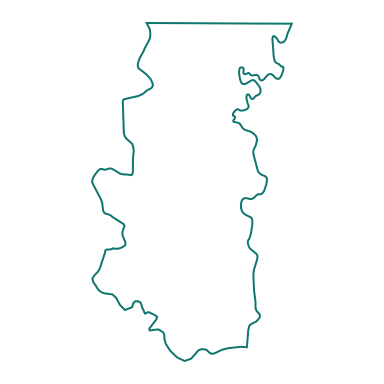 SVG path tracing the border of Bafatá
{"feature_id": "GNB-776", "entity_name": "Bafatá", "entity_type": "Region", "adm_level": 1, "iso_a3": "GNB", "parent_name": "Guinea-Bissau", "parent_adm1": "", "projection": "robinson", "projection_center": [-14.664, 12.138], "detail": "fine", "context": "isolated", "style": "outline", "palette": "teal", "viewbox_px": 384, "rotation_deg": 0, "n_neighbors": 0, "source": "natural_earth", "source_scale": "10m", "svg_char_len": 4339}
<svg xmlns="http://www.w3.org/2000/svg" viewBox="0 0 384 384"><path d="M146.7,23.0L168.8,23.1L266.0,23.6L291.8,23.7L287.4,34.0L286.2,38.4L285.0,40.5L283.7,42.0L282.2,42.5L280.7,42.7L279.5,42.3L278.5,41.3L277.0,38.7L275.0,36.7L273.9,36.0L272.9,36.6L272.4,38.8L273.7,56.6L274.6,60.7L275.3,62.0L276.4,63.0L279.1,64.2L280.9,66.2L282.0,66.7L283.0,66.8L283.5,68.1L283.2,70.4L281.8,74.6L280.7,76.7L279.7,78.2L279.1,78.6L278.7,78.8L277.9,78.9L276.6,78.6L276.1,78.3L275.2,77.6L273.4,75.6L272.3,74.7L271.0,74.1L269.4,74.1L268.1,74.7L267.1,75.6L263.9,79.3L263.1,79.9L261.9,80.4L260.8,80.3L260.0,79.6L259.5,79.0L258.5,76.2L257.6,75.3L256.3,74.9L253.2,75.4L251.7,75.4L250.5,74.9L249.7,73.8L248.9,73.1L248.3,73.0L246.1,73.9L244.8,74.2L243.7,73.6L243.4,72.2L243.7,70.2L243.6,68.6L242.4,67.4L241.0,67.5L239.8,68.1L239.2,70.2L239.0,73.0L239.9,78.5L240.7,81.4L241.8,83.4L243.0,84.0L244.5,84.1L245.9,83.6L247.2,83.0L251.0,80.6L252.2,80.1L253.5,80.2L254.7,80.8L255.7,81.8L259.3,86.4L260.0,87.9L260.5,89.4L260.6,91.3L260.1,93.2L258.4,94.9L257.0,95.4L255.6,96.1L254.6,97.1L253.8,98.3L252.8,99.0L251.7,98.9L250.8,98.0L249.5,95.5L248.8,94.7L248.1,94.4L247.1,94.7L246.5,96.0L246.4,98.1L247.7,103.5L248.4,105.1L248.6,106.2L248.5,107.2L247.5,108.6L246.2,109.5L244.7,110.1L243.0,110.5L241.4,110.6L240.0,110.4L237.9,109.2L236.8,109.4L235.8,110.1L234.8,111.1L233.9,112.2L233.1,113.5L232.8,114.7L233.1,115.7L234.4,116.2L235.1,117.1L234.7,118.5L234.0,119.5L233.5,120.1L233.3,120.5L233.3,121.2L233.8,121.9L238.3,122.8L239.6,123.6L240.5,124.7L242.1,127.3L243.0,128.4L244.1,129.3L245.4,130.0L250.1,131.5L251.3,132.0L253.6,133.6L255.7,135.7L256.4,137.0L256.9,138.8L256.9,140.9L256.0,144.6L255.2,146.6L253.6,149.7L253.3,151.6L253.4,154.1L257.7,170.4L258.1,171.4L258.7,172.3L259.5,173.3L260.6,174.1L261.9,174.9L264.7,176.0L265.9,176.8L266.8,178.0L267.0,180.5L266.4,184.1L264.1,191.0L262.4,193.3L260.7,194.3L259.3,194.1L257.9,194.4L256.7,195.1L253.8,197.9L252.6,198.6L251.3,199.0L250.0,199.0L246.6,198.2L245.0,198.2L243.6,198.6L242.3,199.8L241.4,201.7L240.9,205.2L241.0,207.9L241.9,210.9L242.9,212.6L244.1,213.7L246.4,215.2L250.5,217.2L251.6,218.0L252.3,220.4L252.3,224.6L251.0,233.2L249.9,237.0L249.0,239.3L248.4,239.9L247.9,241.3L247.8,243.2L248.7,246.2L249.4,247.7L250.5,249.0L256.1,253.6L257.0,254.7L257.5,256.5L257.3,259.0L254.0,269.6L253.6,272.3L253.4,275.9L254.0,290.2L255.5,301.7L255.5,307.5L256.0,309.6L256.7,311.2L258.7,313.2L259.6,314.3L259.9,315.9L259.5,317.8L257.4,320.4L255.9,321.7L251.4,323.9L250.3,324.8L249.4,325.6L248.3,329.8L246.9,347.2L240.7,346.8L228.1,348.2L221.9,349.8L214.2,353.5L211.7,353.8L209.9,353.0L206.8,350.2L205.8,349.5L201.3,349.2L198.5,350.3L191.2,358.6L184.6,361.0L177.1,357.4L170.2,350.8L165.7,343.7L164.4,338.6L164.3,335.0L163.1,332.2L158.3,329.4L149.6,330.4L149.2,328.7L156.2,319.6L157.1,317.1L156.1,315.8L149.1,312.3L148.0,312.2L146.7,312.7L145.2,313.7L144.4,312.6L143.4,309.9L141.9,307.1L141.5,304.7L140.5,302.5L138.0,301.2L135.1,301.4L133.3,303.1L132.1,307.2L124.9,310.0L120.0,305.0L116.2,298.0L112.5,294.4L104.4,293.3L101.9,292.5L98.8,290.3L97.2,288.1L95.9,285.7L93.6,282.7L92.3,278.7L94.8,274.9L98.3,271.3L100.1,267.6L105.1,252.4L105.3,250.4L106.5,249.6L110.5,249.4L113.3,248.5L113.3,248.4L114.2,248.6L117.3,248.8L120.2,248.1L121.7,247.5L123.0,246.8L124.1,246.1L124.9,245.4L125.3,244.9L125.5,244.0L125.4,242.8L124.8,240.8L122.9,236.4L122.5,234.9L122.4,234.2L122.5,232.1L123.0,230.0L124.0,227.2L124.5,225.6L123.6,224.1L112.5,217.0L111.0,215.7L108.8,214.5L105.7,213.7L104.4,212.9L103.6,211.7L103.1,210.1L102.1,202.4L100.9,199.3L92.3,182.8L92.2,180.9L92.7,178.6L94.8,174.9L97.4,171.5L98.4,170.4L99.5,169.5L100.7,169.0L102.1,169.0L103.5,169.5L105.0,169.7L106.5,169.5L107.9,168.9L109.3,168.5L110.7,168.5L111.7,168.7L112.6,169.1L119.9,173.5L121.3,174.0L122.9,174.3L128.2,174.6L131.2,175.2L132.3,174.3L132.9,171.7L133.0,157.3L133.8,151.2L133.2,147.0L132.5,144.5L131.4,143.1L126.1,138.3L125.3,137.1L124.6,135.7L124.1,134.1L123.8,132.1L122.8,101.4L123.3,99.8L124.6,99.1L137.9,96.1L142.2,94.3L143.4,93.5L146.7,90.6L148.0,89.8L149.4,89.2L150.7,88.5L151.8,87.6L152.6,86.3L152.9,84.7L152.0,82.0L151.2,80.3L150.5,79.1L149.9,78.2L146.2,74.2L139.3,68.9L138.3,67.9L137.8,66.1L137.9,63.5L139.5,58.6L140.8,56.0L143.4,51.6L144.6,48.5L149.0,40.4L149.7,38.8L150.2,36.6L150.3,33.0L149.8,29.3L146.7,23.0Z" fill="none" stroke="#0f766e" stroke-width="2"/></svg>